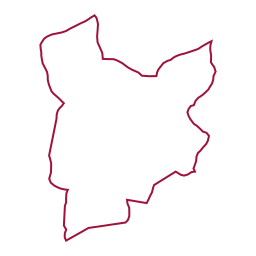 Orlândia, São Paulo, Brazil (Albers equal-area conic projection)
{"feature_id": "56859067B71991495502873", "entity_name": "Orlândia", "entity_type": "district", "adm_level": 2, "iso_a3": "BRA", "parent_name": "Brazil", "parent_adm1": "São Paulo", "projection": "albers", "projection_center": [-47.895, -20.7], "detail": "fine", "context": "isolated", "style": "outline", "palette": "rose", "viewbox_px": 256, "rotation_deg": 0, "n_neighbors": 0, "source": "geoboundaries", "source_scale": "gbopen_adm2", "svg_char_len": 1783}
<svg xmlns="http://www.w3.org/2000/svg" viewBox="0 0 256 256"><path d="M66.1,240.6L88.6,227.9L96.6,226.8L125.6,222.5L127.9,220.0L129.3,216.2L129.3,212.0L129.2,207.7L127.5,203.6L127.0,199.8L146.7,203.1L148.6,199.3L149.9,196.3L152.0,192.3L153.0,188.1L154.1,185.0L175.7,171.6L180.8,174.8L184.0,175.6L187.8,174.5L191.5,172.1L195.0,171.6L193.5,168.6L196.1,161.3L196.5,156.5L198.0,152.9L200.6,150.5L202.6,147.9L206.1,144.1L207.8,140.9L209.0,135.9L206.5,132.8L202.9,131.6L199.1,127.8L197.1,126.0L193.8,123.8L190.4,119.2L188.7,116.2L187.4,112.2L188.7,108.8L190.8,106.0L193.8,105.2L195.5,100.9L198.3,97.8L202.5,95.0L205.4,92.4L208.3,89.6L209.8,87.0L212.1,83.4L213.2,79.8L213.5,76.1L215.6,71.5L214.1,66.8L212.3,64.5L210.9,62.2L211.1,58.2L211.1,55.3L210.2,49.6L210.4,45.3L211.5,41.2L208.8,42.5L204.9,44.7L201.3,46.8L198.3,48.9L194.1,50.4L189.6,51.9L184.7,53.5L181.8,54.2L179.0,55.0L175.8,56.3L173.2,57.8L170.8,59.8L167.4,60.9L163.3,63.2L160.6,66.6L158.3,69.6L157.1,72.5L156.4,76.1L148.6,76.2L141.9,75.7L138.4,72.5L132.0,69.7L127.9,67.4L125.6,65.7L122.2,63.1L117.0,60.4L113.8,59.2L108.5,59.1L102.8,58.9L102.3,53.1L99.6,46.8L97.6,42.5L97.1,36.7L98.0,24.4L97.4,21.1L96.4,17.7L94.5,15.4L91.1,17.4L88.1,19.5L85.4,21.2L80.9,23.2L74.0,26.7L70.3,28.5L66.1,31.0L61.5,32.5L52.0,34.4L47.6,36.3L44.2,38.6L42.0,41.9L40.4,44.7L40.7,49.0L41.3,52.1L41.3,55.6L41.9,59.4L42.6,63.2L44.4,66.7L47.1,72.1L47.7,75.7L47.8,80.0L48.6,83.5L49.9,87.3L51.6,91.4L53.5,93.6L58.3,97.8L63.8,103.2L61.9,105.9L59.6,108.1L57.8,110.7L56.7,114.5L56.5,118.8L49.1,155.5L50.3,159.6L51.2,163.6L51.0,172.3L49.2,178.8L50.8,182.7L54.3,185.6L57.5,187.3L61.1,188.7L64.7,189.5L67.8,189.8L66.4,193.4L66.1,197.8L66.1,202.5L64.9,205.9L63.9,225.6L66.2,229.5L64.8,233.5L64.7,237.2L66.1,240.6Z" fill="none" stroke="#9f1239" stroke-width="2"/></svg>